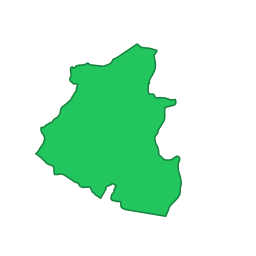 map outline of Nana-Mambéré (Natural Earth projection), rotated 35°
{"feature_id": "CAF-804", "entity_name": "Nana-Mambéré", "entity_type": "Prefecture", "adm_level": 1, "iso_a3": "CAF", "parent_name": "Central African Republic", "parent_adm1": "", "projection": "natural_earth1", "projection_center": [15.312, 5.849], "detail": "fine", "context": "isolated", "style": "filled", "palette": "green", "viewbox_px": 256, "rotation_deg": 35, "n_neighbors": 0, "source": "natural_earth", "source_scale": "10m", "svg_char_len": 3413}
<svg xmlns="http://www.w3.org/2000/svg" viewBox="0 0 256 256"><g transform="rotate(35 128 128)"><path d="M60.9,97.9L71.8,91.9L73.0,90.8L75.9,86.6L76.6,84.9L76.8,84.0L76.8,83.0L76.5,80.9L76.6,79.9L78.5,76.9L87.3,54.0L88.5,54.0L90.2,54.3L92.4,54.2L93.2,54.0L93.9,53.8L99.3,50.6L106.6,48.0L107.1,48.0L107.5,48.5L107.7,49.5L107.7,50.5L107.5,52.7L107.6,53.3L108.3,54.3L112.7,58.6L114.8,61.3L116.1,63.6L116.7,65.2L117.0,66.5L117.6,70.7L117.7,72.9L117.8,73.9L117.9,74.6L118.2,75.9L118.3,76.9L118.5,77.4L118.8,77.9L119.6,78.7L119.9,79.2L119.8,79.8L119.8,80.3L119.9,80.9L121.9,84.2L123.8,86.6L125.5,88.0L126.8,87.6L128.1,86.4L129.8,85.7L132.1,86.7L132.9,87.0L134.4,87.2L135.3,86.0L136.5,84.9L141.2,82.1L146.7,80.5L147.6,79.9L149.0,78.8L149.5,78.5L149.8,78.2L150.0,77.8L150.4,77.6L151.0,77.9L152.2,79.0L153.0,80.7L152.9,82.2L152.0,83.7L147.9,88.2L147.3,89.2L146.9,90.1L147.3,91.3L148.3,93.0L150.8,96.4L152.3,98.8L153.3,101.1L153.5,103.1L153.9,111.0L154.1,112.6L155.1,114.7L155.2,115.4L155.1,119.0L155.4,120.3L156.0,121.3L159.2,124.5L160.1,125.1L161.8,125.8L163.6,126.9L165.7,128.6L168.1,131.5L168.9,132.2L169.5,132.4L171.3,132.4L172.5,132.6L174.2,133.1L175.8,133.0L177.4,132.5L178.8,131.6L180.2,130.6L181.3,129.5L182.1,128.2L183.7,123.8L184.3,122.9L185.1,122.6L186.2,122.5L187.4,123.0L188.4,123.9L189.0,125.6L189.2,127.1L189.8,128.7L191.0,130.7L193.4,133.7L199.0,138.1L202.7,141.9L203.8,143.5L205.5,147.6L207.1,150.0L208.6,152.8L208.8,157.1L207.3,166.6L207.2,168.7L207.5,170.3L208.4,173.0L209.5,178.7L173.9,195.7L171.4,196.6L169.5,196.9L168.0,196.7L166.9,195.9L166.2,195.1L165.2,193.6L164.7,193.1L164.0,192.9L163.2,193.2L161.0,194.5L156.7,196.3L155.5,196.2L154.6,195.7L153.2,192.9L153.0,192.3L152.9,191.5L152.9,191.0L153.0,190.4L153.1,189.9L153.2,189.3L153.1,188.7L152.8,187.9L151.9,185.9L151.7,185.1L151.7,184.4L151.8,182.7L151.4,182.3L150.5,182.2L148.1,182.2L147.3,182.4L146.8,182.6L146.9,183.1L146.8,183.7L146.6,184.4L144.4,187.5L144.1,188.1L144.0,188.7L144.2,189.3L144.4,189.7L144.8,190.4L145.0,191.4L145.9,201.2L145.4,201.3L139.6,201.4L139.0,201.3L138.3,201.0L137.8,200.9L137.3,200.8L135.7,200.9L132.6,199.2L131.6,198.5L131.2,198.3L130.7,198.4L129.9,198.8L125.2,202.5L124.6,202.8L124.1,203.0L121.9,203.1L121.3,203.0L121.0,202.9L119.2,201.8L118.4,201.7L117.8,201.9L117.4,202.3L116.2,202.7L103.8,203.0L101.9,203.2L99.8,203.8L96.5,206.9L95.3,207.8L94.6,208.0L94.1,207.9L93.7,207.6L92.8,206.6L90.0,203.0L89.9,202.9L89.0,202.4L88.0,202.2L87.2,202.4L84.5,203.3L83.0,203.5L81.3,203.5L74.5,202.2L68.4,201.9L67.3,202.0L67.3,201.6L67.9,198.3L67.5,194.9L67.5,190.4L67.2,188.4L66.6,186.4L65.8,184.6L64.6,183.2L63.0,182.3L59.7,181.0L58.1,179.8L56.9,178.3L56.6,177.3L57.2,177.1L58.1,176.2L58.8,174.7L59.2,173.1L59.4,171.9L59.7,171.6L60.5,170.2L61.1,168.7L61.2,168.1L62.2,167.6L62.5,166.6L62.4,164.1L62.7,162.6L63.8,160.2L64.1,159.2L64.2,156.6L64.0,155.5L63.5,154.1L62.5,152.0L62.1,150.8L62.0,149.3L62.2,147.9L63.5,143.9L64.6,139.1L65.1,137.8L64.6,136.0L64.1,126.6L63.0,125.0L62.6,123.2L61.6,121.4L60.6,121.4L58.6,122.8L57.5,123.0L55.1,122.7L53.8,122.6L52.5,121.7L51.9,120.3L51.6,118.7L51.1,117.3L50.0,115.9L48.8,114.9L48.0,113.7L47.3,113.0L46.7,111.9L46.5,111.2L46.8,110.6L47.3,109.9L47.7,109.8L48.5,110.5L48.9,110.5L49.2,110.1L49.5,109.4L49.7,109.0L50.1,108.1L50.0,107.7L49.9,107.2L49.8,106.9L50.9,105.8L52.6,103.8L53.8,103.4L56.0,100.9L57.1,99.3L57.8,97.9L60.9,97.9Z" fill="#22c55e" stroke="#15803d" stroke-width="1.5"/></g></svg>